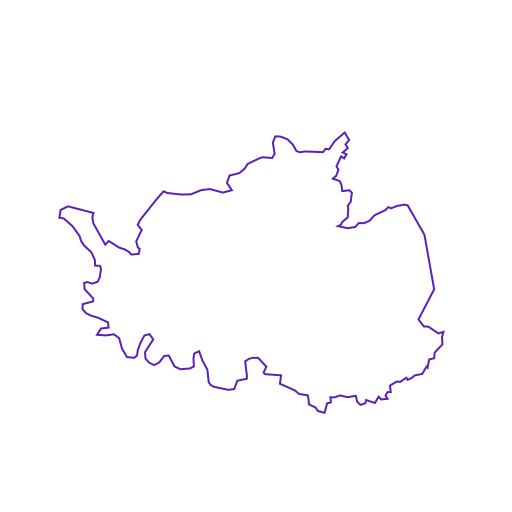 the district of Cidra, Puerto Rico, rotated 12°
{"feature_id": "32010507B88362750247815", "entity_name": "Cidra", "entity_type": "district", "adm_level": 2, "iso_a3": "PRI", "parent_name": "Puerto Rico", "parent_adm1": "", "projection": "albers", "projection_center": [-66.167, 18.181], "detail": "fine", "context": "isolated", "style": "outline", "palette": "violet", "viewbox_px": 512, "rotation_deg": 12, "n_neighbors": 0, "source": "geoboundaries", "source_scale": "gbopen_adm2", "svg_char_len": 2739}
<svg xmlns="http://www.w3.org/2000/svg" viewBox="0 0 512 512"><g transform="rotate(12 256 256)"><path d="M393.8,174.9L390.5,174.9L383.8,177.6L378.2,181.3L375.3,180.7L372.9,184.3L363.4,191.6L359.8,197.9L354.7,201.5L349.7,202.4L347.0,207.0L340.1,209.7L330.1,209.8L332.3,208.0L333.4,204.6L337.7,199.1L336.3,190.0L335.3,187.8L337.4,183.2L336.6,174.1L333.6,172.3L326.9,174.6L324.7,168.4L322.1,165.2L315.1,164.4L317.8,160.8L318.7,154.4L316.1,151.5L318.5,140.9L321.9,142.2L323.4,137.7L319.3,136.7L321.0,134.6L323.3,131.3L320.4,128.2L323.0,123.2L317.1,116.8L309.1,127.3L305.3,136.5L301.8,136.7L300.0,140.5L282.5,143.5L277.3,145.4L273.7,144.9L268.9,139.4L262.4,135.2L254.8,134.1L250.0,135.0L249.3,139.4L248.9,141.6L253.0,152.3L251.4,156.8L242.0,158.0L238.8,159.9L228.8,167.5L228.0,169.4L226.9,172.8L222.4,178.4L213.4,182.8L212.4,190.6L218.7,196.7L210.5,200.8L197.0,200.1L188.8,202.9L179.5,209.2L170.3,211.4L156.2,212.8L152.1,212.0L147.0,221.2L146.9,221.3L135.4,244.4L133.8,250.0L138.8,254.3L135.8,266.6L138.7,272.3L140.8,273.2L140.8,278.3L133.8,280.5L130.6,278.3L126.1,276.8L120.6,276.3L108.8,271.9L106.2,276.2L89.9,257.6L87.9,252.2L88.1,247.7L61.8,246.5L55.3,251.6L55.7,259.5L60.1,259.2L70.3,265.0L79.2,273.0L81.7,277.5L85.9,281.7L94.0,286.4L99.3,293.5L100.6,298.8L105.5,298.1L107.1,300.9L107.6,309.1L106.5,314.0L101.9,317.0L96.3,316.6L93.5,318.2L95.2,324.0L105.7,331.5L106.1,334.3L96.5,339.1L97.3,343.9L101.5,347.2L107.1,348.7L114.2,349.2L125.1,351.7L126.7,356.7L119.5,359.1L116.9,366.1L125.6,364.9L133.2,362.2L133.7,362.3L139.2,364.8L144.3,374.6L150.9,381.7L158.1,380.9L160.3,378.1L160.0,372.5L161.1,364.7L163.4,356.9L168.1,354.6L172.8,359.0L167.4,373.2L169.3,379.3L173.3,382.4L178.9,383.9L182.7,381.0L183.7,379.8L187.1,372.8L191.4,371.5L199.3,381.0L205.6,382.5L214.9,379.7L218.2,376.9L216.1,369.0L215.9,364.2L220.2,361.0L225.4,369.5L232.1,377.3L236.0,389.4L238.4,391.5L241.7,392.7L256.2,392.7L256.7,392.7L262.3,390.7L263.7,381.9L272.5,378.0L272.1,375.3L267.3,361.2L270.5,358.1L273.6,356.4L279.4,355.2L289.1,362.1L287.7,368.6L289.6,369.7L305.3,367.5L306.0,376.0L321.7,379.3L326.9,382.0L335.5,381.5L337.2,385.3L338.7,390.2L345.7,391.8L348.7,394.7L355.6,395.2L356.2,385.3L359.7,383.6L358.2,378.6L361.8,378.1L367.4,374.9L374.8,375.1L382.7,372.0L385.2,377.4L389.1,379.9L393.0,377.7L393.7,377.1L393.6,374.0L402.9,375.0L405.2,368.1L408.2,370.3L414.4,368.3L411.7,365.6L412.9,361.8L416.1,361.1L414.0,354.9L419.8,349.5L423.3,349.1L428.4,343.8L430.1,345.6L434.1,342.5L435.9,339.9L443.1,336.8L445.8,328.7L447.0,329.5L446.9,321.2L451.6,318.9L450.8,313.4L456.7,303.7L454.8,296.5L455.1,291.3L450.5,293.8L439.4,289.3L434.7,290.0L428.1,284.3L437.2,251.5L423.4,217.6L416.5,200.6L414.5,198.1L393.8,174.9Z" fill="none" stroke="#5b21b6" stroke-width="2"/></g></svg>